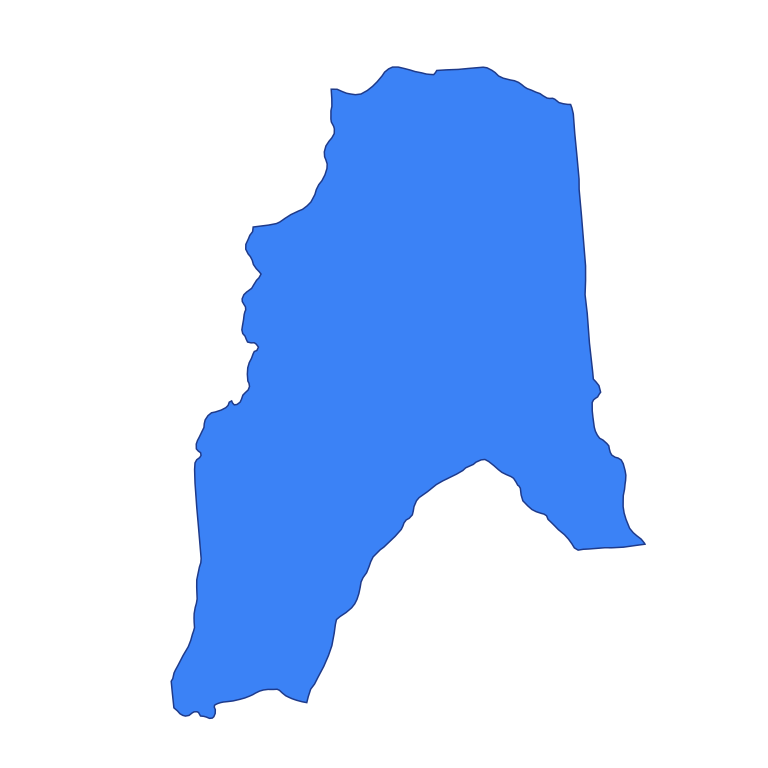 outline of Ivindo, Ogooué-Ivindo, Gabon, rotated 84°
{"feature_id": "22940354B21315660080276", "entity_name": "Ivindo", "entity_type": "district", "adm_level": 2, "iso_a3": "GAB", "parent_name": "Gabon", "parent_adm1": "Ogooué-Ivindo", "projection": "mercator", "projection_center": [13.138, 0.623], "detail": "fine", "context": "isolated", "style": "filled", "palette": "blue", "viewbox_px": 768, "rotation_deg": 84, "n_neighbors": 0, "source": "geoboundaries", "source_scale": "gbopen_adm2", "svg_char_len": 4644}
<svg xmlns="http://www.w3.org/2000/svg" viewBox="0 0 768 768"><g transform="rotate(84 384 384)"><path d="M135.3,167.5L134.3,167.6L129.0,168.3L125.5,169.2L125.1,172.2L124.0,176.5L122.4,180.6L118.6,184.4L117.5,186.4L117.3,189.5L116.7,191.9L114.1,195.5L111.5,198.5L109.6,202.5L107.2,206.6L105.2,210.7L103.1,213.4L100.7,215.7L98.1,218.7L96.0,222.6L94.9,226.4L92.3,233.5L89.6,237.9L85.9,240.9L83.3,243.9L80.3,248.5L79.3,252.2L79.0,267.0L78.9,277.3L78.5,283.1L78.1,289.3L77.7,298.8L79.6,300.2L81.5,302.2L81.0,305.4L80.2,309.4L78.5,314.0L76.5,320.5L74.5,325.1L72.4,330.7L70.3,336.7L69.7,342.4L71.1,346.5L73.9,350.8L77.4,353.7L82.7,359.2L86.8,364.3L90.4,370.0L93.2,376.6L93.3,382.2L92.0,387.3L90.9,390.9L88.6,395.3L86.0,399.8L85.3,405.7L95.0,406.1L102.4,406.8L106.7,408.2L115.0,409.1L117.9,409.0L122.6,407.1L125.1,406.7L129.7,407.3L133.7,410.1L136.9,413.4L141.2,416.9L146.9,419.1L151.8,419.3L154.9,418.4L159.2,417.5L163.7,418.2L169.7,420.8L175.2,424.4L178.9,428.0L183.6,431.0L188.3,432.9L192.5,435.7L195.4,437.7L198.9,442.0L201.8,446.8L203.0,450.9L205.8,458.9L208.9,465.1L212.0,470.7L213.2,474.2L213.9,482.3L214.2,497.7L218.7,498.7L222.1,501.9L225.5,503.7L230.7,506.8L235.5,507.4L240.5,505.5L243.3,503.6L247.2,502.1L251.5,501.4L255.9,499.0L259.4,496.3L261.8,494.8L265.4,497.3L267.5,499.9L271.5,503.0L275.0,505.6L278.1,510.9L280.5,514.0L284.5,516.2L287.2,516.3L290.4,514.9L292.8,513.7L295.9,513.8L297.6,514.8L300.3,515.8L305.5,517.0L311.4,518.7L315.3,519.7L319.1,519.2L321.9,517.2L325.2,516.3L328.0,515.3L329.2,511.9L329.4,508.7L331.0,506.9L334.2,505.0L337.4,507.0L338.1,509.6L340.3,511.0L344.6,513.1L348.7,515.8L353.6,517.8L360.0,518.9L366.8,519.1L369.2,518.2L372.4,518.0L375.7,519.7L378.2,523.0L380.3,525.5L384.4,527.4L387.0,529.0L389.0,532.3L389.1,535.1L387.1,536.6L384.9,537.3L385.9,539.8L389.0,541.3L391.0,543.8L392.9,548.6L394.2,554.7L394.6,558.6L397.0,562.3L401.0,565.6L404.7,566.9L408.4,567.6L411.9,569.8L417.4,573.2L420.7,575.4L424.1,577.0L428.9,577.4L431.4,575.6L433.1,573.6L435.9,573.4L437.9,575.0L439.8,578.2L442.7,580.2L449.2,581.3L455.8,581.8L458.7,582.0L462.7,582.3L486.6,583.1L509.3,583.5L538.6,584.1L542.7,584.9L546.7,586.7L554.2,589.1L559.3,590.7L566.4,591.5L578.2,592.3L582.5,593.5L586.5,595.1L592.5,596.8L597.1,597.4L601.0,597.7L606.5,597.9L610.0,599.3L612.7,600.6L618.8,603.0L624.8,606.1L633.0,612.2L637.3,615.0L642.6,618.5L646.6,621.3L649.4,623.0L655.0,624.9L657.4,626.7L669.5,626.8L684.1,626.8L687.5,623.6L690.6,621.4L692.5,618.8L693.5,616.2L693.2,612.5L692.3,611.1L691.0,609.0L690.2,607.2L690.4,604.2L691.3,602.8L695.0,601.2L695.7,597.9L696.7,595.4L698.3,592.5L698.3,589.7L697.1,588.0L694.0,586.3L690.2,585.8L687.6,586.6L685.8,586.1L685.1,584.8L684.4,582.7L683.8,579.9L683.5,577.1L683.5,572.1L683.4,567.2L682.9,563.2L682.5,560.0L682.2,558.3L681.7,555.3L680.4,550.5L679.3,547.1L677.9,544.0L676.4,539.8L675.7,535.9L675.6,531.4L676.2,526.0L676.4,522.2L677.7,520.0L680.7,517.4L683.8,514.3L685.6,511.4L687.4,508.3L689.4,504.0L691.5,498.5L692.8,494.1L687.0,492.0L679.8,488.8L675.1,484.4L668.6,480.2L658.5,473.4L648.2,467.6L638.8,463.2L626.7,459.6L618.1,457.5L613.3,455.9L610.7,452.1L607.3,445.6L603.2,439.6L599.6,436.1L595.4,433.4L589.8,430.9L583.9,429.0L578.5,427.5L574.4,425.1L569.8,421.0L564.1,418.0L559.4,415.8L554.8,412.9L548.4,405.0L546.2,401.2L536.6,388.8L530.4,382.0L527.3,380.1L524.2,378.6L521.5,376.1L520.2,373.0L517.1,369.5L513.5,368.2L509.1,367.0L503.5,363.9L500.6,360.9L495.7,352.1L489.5,342.5L486.5,335.7L483.2,326.7L481.2,321.2L478.3,314.7L475.9,311.5L473.3,303.6L471.3,300.6L469.6,295.3L469.6,291.5L472.0,288.0L476.7,283.2L481.1,279.2L484.2,276.0L486.8,271.9L489.4,267.3L491.3,265.0L495.6,262.8L498.6,261.6L499.5,260.5L501.9,259.3L508.7,259.2L514.7,258.1L520.3,253.7L524.3,250.0L526.9,246.0L529.2,240.9L530.1,238.5L532.0,236.1L535.8,235.0L539.3,232.0L543.0,229.0L547.1,225.8L552.7,220.3L557.6,216.7L562.5,213.9L566.9,211.8L569.5,208.3L569.2,203.0L569.5,197.6L569.7,190.1L569.9,181.6L570.7,174.4L571.3,162.8L570.9,151.3L570.6,141.2L569.7,141.5L565.2,144.4L561.3,148.5L557.9,151.7L553.2,154.8L543.8,157.5L537.3,158.7L530.9,159.0L524.6,158.3L520.0,157.7L513.9,155.8L508.6,154.7L505.1,153.8L500.0,153.0L495.2,153.3L488.3,154.4L484.4,156.0L482.1,158.9L481.0,161.8L478.5,164.9L475.7,166.1L472.0,166.7L469.0,166.9L466.6,168.5L462.6,172.1L460.5,175.2L457.1,177.2L453.1,178.7L448.9,179.4L438.6,179.7L432.4,179.7L424.2,178.9L421.6,177.2L420.3,175.1L419.2,172.9L416.7,171.1L414.8,169.4L408.1,170.4L404.0,173.0L401.0,175.3L394.1,175.2L364.8,175.4L335.1,174.5L316.2,174.7L302.1,172.7L287.6,171.2L237.3,170.0L210.9,169.6L200.7,168.6L178.7,168.3L154.7,168.1L135.3,167.5Z" fill="#3b82f6" stroke="#1e3a8a" stroke-width="1.5"/></g></svg>